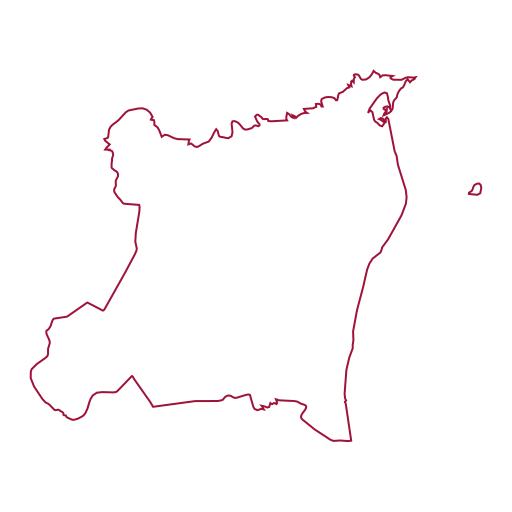 the border of Atlántico Norte
{"feature_id": "NIC-657", "entity_name": "Atlántico Norte", "entity_type": "Autonomous Region", "adm_level": 1, "iso_a3": "NIC", "parent_name": "Nicaragua", "parent_adm1": "", "projection": "robinson", "projection_center": [-84.139, 14.031], "detail": "fine", "context": "isolated", "style": "outline", "palette": "rose", "viewbox_px": 512, "rotation_deg": 0, "n_neighbors": 0, "source": "natural_earth", "source_scale": "10m", "svg_char_len": 5626}
<svg xmlns="http://www.w3.org/2000/svg" viewBox="0 0 512 512"><path d="M105.2,149.6L106.2,148.1L109.7,144.4L105.2,140.8L104.3,139.0L106.8,138.2L107.7,137.8L108.2,136.7L109.0,129.8L110.5,126.9L112.7,124.6L113.0,124.4L115.6,122.5L118.5,120.2L125.9,112.2L128.5,110.5L138.2,108.5L142.5,108.3L146.7,109.7L150.2,112.7L152.6,117.0L152.1,117.6L150.8,119.4L150.8,119.7L154.0,120.2L154.4,122.4L154.3,124.9L157.6,127.4L159.3,130.5L161.7,136.8L164.7,134.8L167.8,135.2L174.1,138.2L177.7,139.1L189.5,139.5L188.9,140.8L188.4,144.4L190.9,143.5L192.6,144.6L194.3,146.2L196.8,147.0L198.6,146.4L202.7,143.8L208.8,141.5L211.8,137.4L214.0,132.7L216.2,129.2L217.7,131.0L218.9,135.8L220.1,136.8L222.6,137.1L226.5,138.0L228.3,138.2L231.6,136.2L232.5,132.2L231.6,123.5L232.5,121.3L234.6,121.1L236.8,122.0L238.3,122.9L239.5,124.1L243.3,128.7L245.3,129.6L247.7,129.4L251.6,128.1L252.6,127.5L253.2,126.6L254.1,125.8L255.5,125.4L256.9,125.7L257.7,126.1L258.3,126.2L259.5,125.4L259.5,124.1L258.0,122.5L256.9,120.8L255.0,116.5L256.8,114.8L258.0,114.7L261.7,117.4L262.1,118.2L262.7,118.9L264.4,119.1L267.2,119.0L268.0,119.5L268.3,121.0L271.1,121.3L287.1,120.4L286.3,118.9L286.3,117.2L287.1,112.9L289.0,114.1L291.7,117.2L293.7,117.9L293.5,117.1L292.7,115.3L293.9,115.9L294.5,116.1L295.1,116.5L296.0,117.9L298.0,115.9L300.9,114.1L304.1,113.0L307.1,112.9L305.8,112.0L305.0,111.1L303.9,108.9L312.9,108.3L316.3,106.8L315.9,104.0L318.0,103.8L319.6,104.1L320.8,104.9L321.5,106.5L322.7,106.5L321.1,101.2L321.7,99.1L324.8,97.5L328.0,97.0L331.6,97.2L334.5,98.2L335.9,100.2L337.1,100.2L337.8,97.9L338.2,95.4L339.0,93.4L342.9,91.8L346.9,88.2L349.3,87.4L349.0,86.8L348.5,85.5L348.2,84.9L350.6,85.7L351.5,86.2L351.0,83.7L351.2,81.5L352.1,80.7L353.7,82.4L353.8,79.6L354.0,78.4L354.9,77.2L353.8,75.4L354.3,74.5L356.0,74.3L358.1,74.7L359.0,75.6L360.9,78.9L362.4,79.8L366.2,79.4L369.5,77.2L372.0,74.1L373.6,70.9L375.6,72.7L377.7,73.6L379.4,74.7L380.2,77.2L382.6,75.4L385.4,75.2L392.6,76.0L390.6,77.1L390.5,78.1L391.7,79.0L393.7,79.8L394.3,79.7L401.5,79.8L405.8,77.7L408.0,77.2L413.5,77.6L415.6,77.2L414.4,79.1L411.5,80.6L410.0,82.3L407.6,79.2L405.7,81.4L404.1,85.3L402.9,87.4L400.9,88.5L398.9,91.2L397.4,94.3L396.9,96.9L396.4,97.7L394.4,100.0L393.6,101.3L393.1,103.1L392.8,107.0L392.5,108.9L391.1,111.2L389.2,112.8L383.6,115.3L384.0,114.2L384.5,113.3L385.8,111.5L385.8,112.9L386.4,111.9L386.7,111.0L386.8,110.1L386.8,108.9L385.6,109.7L385.1,109.9L383.6,108.9L383.6,107.7L385.5,106.7L387.4,106.4L389.0,107.1L390.2,108.9L390.1,105.4L388.4,100.6L387.9,96.9L386.9,93.2L384.6,92.5L382.0,93.6L380.1,95.0L376.9,98.3L369.7,108.5L368.0,112.9L369.6,111.0L370.2,110.2L372.4,112.2L374.1,119.8L375.2,121.5L377.4,122.9L379.7,125.4L382.2,126.3L384.6,122.9L383.5,121.7L380.5,119.7L379.1,119.1L380.9,118.0L382.8,118.6L384.5,120.4L385.8,122.9L385.7,118.7L386.9,117.3L388.3,119.0L394.7,151.4L395.1,152.4L396.6,155.9L397.9,164.7L405.8,190.1L406.6,197.3L405.9,203.7L401.5,215.3L388.0,239.5L382.2,247.3L381.4,250.4L380.3,252.6L372.6,258.6L369.3,263.8L367.1,269.7L363.2,286.8L357.0,310.2L353.1,331.3L353.4,340.4L352.7,344.8L352.7,348.3L349.3,357.5L346.4,369.8L344.6,393.6L345.0,398.1L346.1,400.6L344.9,401.8L345.8,404.0L351.2,440.7L348.3,441.1L340.1,440.5L333.5,440.9L330.5,439.8L314.6,429.4L302.4,419.5L301.7,418.7L301.2,417.9L301.0,416.9L301.2,415.9L301.5,414.8L302.1,413.8L305.2,409.6L305.8,408.5L306.1,407.4L306.2,406.4L305.6,405.5L304.4,404.8L301.6,403.9L299.9,403.2L298.6,402.3L296.9,401.5L293.8,401.0L280.7,400.4L278.2,400.2L277.6,399.7L275.9,399.3L276.8,401.5L277.0,403.3L276.3,404.1L274.9,403.1L273.8,403.1L272.3,404.1L271.5,404.0L270.4,403.1L269.1,407.0L267.2,407.5L264.6,406.4L261.6,405.8L262.4,406.8L263.3,408.6L263.8,409.4L261.3,408.9L257.3,410.2L255.9,409.4L254.9,409.2L254.0,408.0L253.3,406.7L250.2,395.8L249.8,394.8L248.5,394.5L246.3,394.8L236.5,397.8L235.0,397.9L233.1,397.3L231.9,396.5L230.9,395.9L230.0,395.7L228.8,395.5L227.8,395.6L226.6,396.0L224.8,397.3L222.9,399.7L220.8,400.5L217.6,401.0L195.0,401.1L153.1,406.8L150.1,401.8L134.0,378.9L133.0,377.0L132.4,376.3L131.8,376.1L117.1,391.4L115.6,392.1L113.1,392.4L102.3,392.1L96.9,392.7L92.8,395.4L90.7,398.7L89.4,402.0L87.5,408.5L85.4,413.1L84.0,414.9L82.4,416.3L77.8,418.7L73.6,419.9L71.8,419.6L66.8,417.3L65.7,415.4L63.8,415.2L63.5,414.8L63.3,413.1L62.9,412.5L62.4,412.1L60.1,410.8L58.9,409.9L58.2,409.7L57.7,409.7L56.8,410.0L55.8,410.1L55.3,410.1L54.8,410.0L54.4,409.8L54.1,409.5L49.4,404.7L48.5,404.0L47.8,403.5L45.6,402.5L42.4,399.0L34.1,386.6L30.7,378.1L30.8,371.6L31.7,369.1L36.7,364.1L45.6,357.8L47.3,356.2L47.9,354.7L48.1,353.0L48.0,352.1L48.1,348.7L49.8,343.0L49.6,341.2L48.8,338.8L47.7,336.7L46.4,333.5L46.3,331.9L46.5,330.7L48.2,329.5L49.4,328.0L50.7,325.8L52.1,321.4L52.9,319.7L53.7,318.7L66.7,316.7L67.1,316.6L86.9,302.8L87.5,302.6L102.9,310.6L103.7,310.2L104.5,309.3L125.1,272.6L134.9,254.2L136.4,250.7L136.8,248.5L135.3,241.7L135.8,233.1L139.3,211.9L139.6,207.5L139.2,204.9L124.7,203.8L123.6,203.5L122.7,202.9L120.4,199.8L117.7,197.0L114.7,192.6L114.2,191.2L114.1,190.0L114.4,188.8L115.7,186.3L115.9,185.3L115.7,181.3L116.0,180.1L117.8,176.7L118.1,174.8L117.8,173.4L117.2,172.3L116.5,171.5L114.1,170.0L111.9,168.1L111.7,167.7L111.5,167.2L111.6,165.4L111.6,163.8L111.7,162.7L112.0,160.8L112.1,160.0L112.0,158.9L112.3,157.8L113.1,155.1L113.1,153.9L112.8,152.8L112.5,152.0L112.1,151.3L111.6,150.8L111.1,150.6L109.9,150.3L109.2,150.2L109.4,149.6L105.2,149.6ZM474.5,185.0L477.2,183.6L479.3,183.6L480.7,185.1L481.3,188.1L480.2,193.3L477.2,194.8L468.6,193.9L467.9,193.9L468.5,193.9L469.0,193.8L469.2,193.3L469.1,192.6L471.7,191.0L472.8,188.9L473.4,186.8L474.5,185.0Z" fill="none" stroke="#9f1239" stroke-width="2"/></svg>